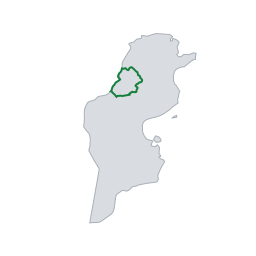 where Kassérine sits in Tunisia, rotated 22°
{"feature_id": "TUN-110", "entity_name": "Kassérine", "entity_type": "Governorate", "adm_level": 1, "iso_a3": "TUN", "parent_name": "Tunisia", "parent_adm1": "", "projection": "natural_earth1", "projection_center": [8.892, 35.211], "detail": "fine", "context": "in_parent", "style": "outline", "palette": "green", "viewbox_px": 256, "rotation_deg": 22, "n_neighbors": 0, "source": "natural_earth", "source_scale": "10m", "svg_char_len": 3988}
<svg xmlns="http://www.w3.org/2000/svg" viewBox="0 0 256 256"><g transform="rotate(22 128 128)"><path d="M174.5,145.3L174.5,146.0L173.7,151.5L173.5,153.5L173.4,156.8L173.4,160.8L175.3,164.2L175.4,165.7L174.7,167.4L171.2,169.4L166.8,171.9L163.0,174.3L158.8,177.0L157.5,178.7L155.4,180.0L153.7,181.3L153.4,182.6L152.2,185.0L150.6,186.9L146.6,187.8L145.8,188.4L144.0,191.3L143.1,192.4L142.1,194.8L143.5,200.9L145.2,207.2L145.5,209.8L145.5,212.0L144.5,214.4L142.4,217.8L140.9,220.2L137.9,224.7L137.0,225.8L134.9,227.1L130.9,228.8L128.1,230.3L126.6,223.5L125.4,217.7L124.4,212.9L122.6,204.5L121.1,197.4L119.6,190.2L118.2,183.7L116.8,177.2L116.2,176.3L112.1,173.2L108.3,170.4L104.4,167.1L100.1,163.6L99.5,159.2L97.3,152.6L95.0,148.9L94.1,147.9L89.5,145.5L86.8,143.8L86.1,142.8L85.6,140.1L83.7,134.7L81.5,129.8L80.7,126.5L80.6,122.4L81.1,119.4L82.0,118.1L86.6,114.4L88.7,109.9L91.3,108.2L93.5,106.9L95.3,105.5L97.0,103.1L98.2,100.6L98.4,97.8L98.9,93.5L99.8,90.5L101.7,87.1L100.9,84.3L99.9,81.3L100.2,76.2L99.9,74.1L99.1,72.2L98.3,69.9L98.3,67.9L99.1,62.7L99.7,58.7L100.7,53.6L100.3,52.1L99.6,51.1L97.4,49.9L97.4,49.2L98.0,48.5L101.2,46.0L102.9,42.3L104.3,41.5L106.5,40.2L106.5,38.8L106.0,37.2L111.7,35.5L117.1,31.0L119.0,29.8L131.6,25.7L133.3,25.9L135.1,26.6L134.6,28.1L133.9,29.4L134.9,31.5L136.5,30.2L136.1,29.3L136.0,28.1L138.6,28.0L140.9,28.2L143.4,29.5L143.2,34.5L146.6,39.3L145.7,41.7L148.4,43.1L150.9,41.4L152.1,38.9L156.6,37.4L160.8,33.7L163.2,33.3L163.8,36.4L164.9,39.0L163.3,40.0L161.3,42.8L157.4,50.0L153.8,52.1L151.1,54.9L150.2,56.8L150.0,59.1L150.7,63.2L152.7,67.4L155.0,69.9L157.2,70.7L162.3,74.7L162.3,77.1L163.0,79.9L163.3,83.3L165.1,86.0L161.3,91.9L159.3,96.2L155.2,102.2L151.6,106.0L143.8,111.7L141.9,113.6L140.6,115.6L140.1,117.7L140.3,120.1L142.9,126.0L146.3,129.5L149.8,131.4L155.9,130.7L155.7,132.9L156.1,135.7L158.6,135.6L160.2,135.1L161.6,132.5L164.6,134.3L166.2,139.9L168.7,141.6L169.0,142.2L168.1,142.7L167.4,143.3L168.2,143.8L170.6,144.5L172.0,144.0L174.5,145.3ZM161.6,129.7L161.0,129.8L159.8,130.6L159.2,130.7L157.5,129.8L156.9,129.8L156.1,129.2L156.3,125.9L156.6,124.9L160.7,124.8L163.0,126.8L163.3,127.3L163.4,127.9L162.4,129.0L161.6,129.7ZM168.9,100.0L165.3,102.1L166.0,100.3L168.3,98.1L168.9,98.6L168.9,100.0Z" fill="#d9dde1" stroke="#a8b0b8" stroke-width="1"/><path d="M98.5,100.4L98.7,100.1L98.7,99.7L98.3,96.8L98.3,95.7L98.5,94.6L99.1,93.1L99.5,91.0L99.8,90.0L100.9,88.7L102.3,86.5L102.5,86.0L101.7,85.3L100.8,85.0L99.9,84.6L99.4,83.6L99.2,82.4L99.3,81.3L99.5,80.3L100.4,78.3L100.4,77.4L100.1,75.0L100.6,75.0L101.3,74.9L101.6,74.8L102.0,74.4L102.8,73.8L103.1,73.6L103.3,73.5L103.5,73.6L104.7,74.2L105.0,74.2L106.0,74.3L106.5,74.3L106.6,74.2L106.8,73.8L106.8,73.4L106.9,72.2L107.0,72.0L107.1,71.7L107.2,71.4L107.4,71.2L107.6,71.0L108.1,70.6L108.4,70.4L108.6,70.3L108.8,70.4L110.7,70.9L114.7,72.6L115.8,72.7L117.3,74.8L117.7,75.3L117.8,75.3L118.0,75.3L118.4,75.1L118.5,75.1L119.6,75.5L119.9,75.7L120.0,75.8L120.3,76.5L120.5,76.8L120.7,77.0L121.3,77.1L121.8,77.3L122.6,77.8L122.8,78.0L123.0,78.2L123.1,78.4L123.3,78.7L123.3,78.9L123.4,79.1L123.3,79.6L123.2,80.0L123.0,80.4L122.7,80.7L122.4,81.0L121.6,81.4L121.4,81.6L121.2,81.8L121.1,82.0L120.8,83.0L120.7,83.1L120.2,83.6L119.8,83.9L119.7,84.1L119.3,85.0L119.2,85.4L119.2,85.5L119.2,85.8L119.3,85.9L119.3,86.0L119.6,86.2L119.6,86.3L121.4,86.8L121.6,86.9L121.7,87.0L121.8,87.1L121.9,87.4L121.9,87.5L121.9,87.8L121.7,89.0L121.7,89.3L121.8,89.8L121.8,90.1L121.9,90.4L122.1,90.9L122.1,91.0L122.1,91.3L122.0,91.6L121.8,91.7L121.2,92.1L120.0,92.4L119.1,92.9L118.8,92.9L118.4,92.8L118.1,93.0L117.9,93.3L117.7,93.6L117.5,94.2L117.4,94.4L116.6,95.3L116.5,95.5L116.4,95.7L116.4,95.8L116.5,95.9L116.5,96.0L117.1,96.4L117.1,96.5L111.3,100.1L110.6,100.5L110.1,100.6L109.1,100.8L108.9,100.9L106.5,102.1L106.2,102.2L106.0,102.4L106.0,102.5L105.8,103.1L105.7,103.4L105.2,103.2L103.6,102.3L103.3,102.0L100.7,101.2L100.3,100.9L100.0,100.7L99.6,100.5L98.8,100.4L98.5,100.4Z" fill="none" stroke="#15803d" stroke-width="2"/></g></svg>